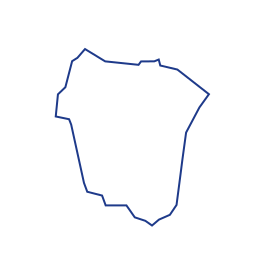 outline of Mongmong-Toto-Maite, Guam, rotated 35°
{"feature_id": "77769853B46824849398692", "entity_name": "Mongmong-Toto-Maite", "entity_type": "district", "adm_level": 2, "iso_a3": "GUM", "parent_name": "Guam", "parent_adm1": "", "projection": "robinson", "projection_center": [144.772, 13.471], "detail": "fine", "context": "isolated", "style": "outline", "palette": "blue", "viewbox_px": 256, "rotation_deg": 35, "n_neighbors": 0, "source": "geoboundaries", "source_scale": "gbopen_adm2", "svg_char_len": 549}
<svg xmlns="http://www.w3.org/2000/svg" viewBox="0 0 256 256"><g transform="rotate(35 128 128)"><path d="M174.9,53.9L134.9,51.8L118.6,58.3L113.9,54.3L111.3,58.3L104.0,63.5L100.5,66.0L100.4,70.2L71.1,86.5L47.5,88.0L46.3,99.7L45.9,100.5L43.9,105.3L53.3,130.5L51.3,140.6L62.2,160.0L74.7,154.6L79.5,157.8L123.4,198.2L131.2,203.6L145.5,198.2L154.1,204.2L171.1,192.3L184.8,197.3L195.4,194.1L203.6,194.1L205.9,185.3L212.1,175.1L211.9,163.2L196.9,134.5L190.9,123.1L178.2,98.4L174.7,70.2L174.9,53.9Z" fill="none" stroke="#1e3a8a" stroke-width="2"/></g></svg>